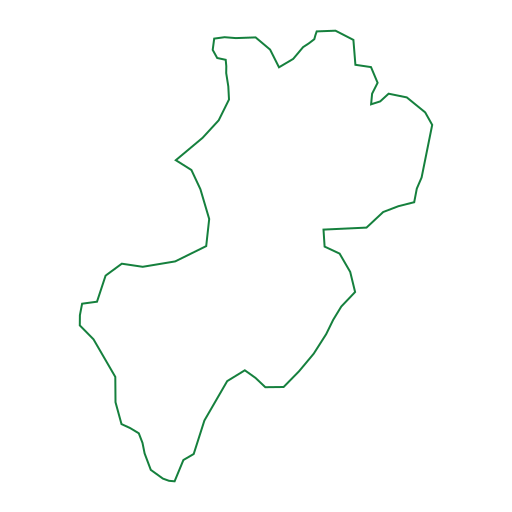 the District of Vavuniyāva
{"feature_id": "LKA-2456", "entity_name": "Vavuniyāva", "entity_type": "District", "adm_level": 1, "iso_a3": "LKA", "parent_name": "Sri Lanka", "parent_adm1": "", "projection": "equal_earth", "projection_center": [80.482, 8.836], "detail": "fine", "context": "isolated", "style": "outline", "palette": "green", "viewbox_px": 512, "rotation_deg": 0, "n_neighbors": 0, "source": "natural_earth", "source_scale": "10m", "svg_char_len": 1091}
<svg xmlns="http://www.w3.org/2000/svg" viewBox="0 0 512 512"><path d="M414.2,202.2L398.4,206.2L383.2,212.0L366.5,227.6L323.5,229.6L324.6,246.6L339.6,253.6L350.2,271.9L355.1,292.0L341.3,306.5L333.2,319.8L326.2,334.1L313.7,353.7L299.0,371.3L283.6,387.0L265.3,387.2L255.5,377.9L244.8,370.3L227.2,381.1L204.4,420.5L193.7,454.0L183.4,460.0L174.6,481.3L169.0,480.8L162.9,478.6L150.8,469.9L144.6,453.4L142.5,442.9L138.8,433.3L130.2,428.1L121.5,424.1L115.5,402.2L115.3,376.9L93.5,339.3L79.8,325.4L79.9,315.2L82.1,303.7L97.0,301.7L105.6,275.6L121.8,263.7L142.7,266.8L175.2,261.4L206.2,246.1L209.2,219.0L200.4,189.2L191.4,170.0L175.8,160.2L202.6,137.8L218.7,120.3L229.0,99.5L228.3,86.4L226.2,73.1L226.3,66.2L225.7,59.8L217.2,58.0L212.7,49.9L214.2,38.6L224.6,37.2L235.8,38.1L255.6,37.4L270.1,49.6L279.0,67.3L293.2,58.9L303.1,47.1L308.8,43.4L314.3,39.2L315.4,35.2L316.7,31.4L335.5,30.7L353.4,39.9L355.4,64.8L371.0,67.1L377.6,82.8L372.1,93.7L371.1,104.3L380.2,101.4L388.6,93.7L406.8,97.4L425.2,112.4L432.2,124.9L421.6,177.5L416.8,188.6L414.2,202.2Z" fill="none" stroke="#15803d" stroke-width="2"/></svg>